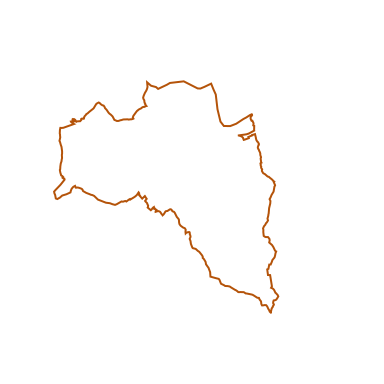 Nasaud, Bistrita-Nasaud, Romania (Natural Earth projection), rotated 133°
{"feature_id": "2599482B93549401170877", "entity_name": "Nasaud", "entity_type": "district", "adm_level": 2, "iso_a3": "ROU", "parent_name": "Romania", "parent_adm1": "Bistrita-Nasaud", "projection": "natural_earth1", "projection_center": [24.415, 47.298], "detail": "fine", "context": "isolated", "style": "outline", "palette": "amber", "viewbox_px": 384, "rotation_deg": 133, "n_neighbors": 0, "source": "geoboundaries", "source_scale": "gbopen_adm2", "svg_char_len": 6078}
<svg xmlns="http://www.w3.org/2000/svg" viewBox="0 0 384 384"><g transform="rotate(133 192 192)"><path d="M285.8,293.1L286.8,291.7L287.5,290.1L289.6,287.2L289.0,285.7L286.2,284.8L283.1,284.5L279.3,282.3L275.2,280.6L274.0,281.3L272.2,282.1L270.7,282.3L269.1,282.3L267.3,281.7L268.1,280.0L267.7,279.5L267.2,279.2L266.5,278.4L265.9,277.3L265.1,275.4L264.9,274.6L264.9,274.1L265.0,273.5L265.4,272.9L265.6,272.2L265.3,271.0L264.8,268.8L263.5,265.6L262.9,263.9L262.2,262.8L261.6,260.9L261.7,255.6L258.5,247.6L256.2,244.4L255.2,241.9L253.9,239.5L252.2,238.7L247.0,237.1L246.2,235.9L244.1,234.7L243.7,233.5L240.7,233.0L239.5,232.6L239.7,232.0L234.6,230.6L232.3,230.3L231.1,230.4L228.7,230.8L228.9,229.9L229.3,229.9L229.9,229.8L230.0,229.4L229.9,228.7L230.1,227.8L230.4,227.9L230.8,223.9L227.1,223.7L227.2,223.1L227.6,222.3L227.8,220.9L227.9,220.5L228.5,220.4L230.5,220.2L230.7,219.2L230.7,218.4L230.8,217.1L231.4,216.2L231.8,214.9L233.0,214.0L233.6,213.8L233.4,209.7L232.2,209.6L231.0,209.8L229.8,209.8L229.0,209.6L229.3,209.2L229.4,208.1L230.0,208.0L229.4,206.5L229.3,205.8L231.0,205.4L231.3,205.1L229.2,203.9L228.8,203.4L228.3,202.1L228.3,201.5L228.9,199.1L228.9,198.2L229.1,197.6L228.0,197.5L226.8,197.6L224.5,198.1L223.8,198.0L222.6,197.0L221.1,196.7L219.5,196.2L219.0,195.4L219.0,194.6L219.3,193.7L219.4,193.1L218.8,191.7L218.9,190.6L220.6,186.1L220.9,183.4L221.2,182.7L223.3,180.4L224.1,179.1L224.4,177.3L224.1,174.4L223.4,172.5L223.8,171.0L225.7,169.5L226.6,168.4L225.9,168.4L225.1,168.1L223.8,167.3L223.1,166.5L223.5,165.6L223.9,165.3L224.5,164.7L224.8,163.8L225.6,162.7L226.2,162.3L227.5,161.9L227.9,161.7L228.9,159.6L230.7,157.4L232.4,153.9L232.5,153.1L231.1,150.5L231.1,147.6L230.8,145.9L231.5,141.3L232.0,140.0L232.9,139.2L232.9,137.7L233.8,134.5L235.4,132.3L235.4,132.0L236.0,129.3L236.1,128.4L238.3,124.0L238.7,123.6L241.3,120.8L240.5,119.2L238.8,115.9L237.7,113.9L237.3,113.2L237.5,112.0L238.6,109.7L239.3,108.2L238.4,105.3L238.1,103.6L236.6,101.9L235.4,100.0L235.1,98.0L235.0,97.6L234.2,93.7L234.0,93.4L233.9,92.9L233.6,91.0L233.7,90.5L233.6,89.9L233.2,89.3L232.4,88.6L230.1,86.0L229.8,85.3L229.6,83.6L229.0,82.9L226.2,78.3L225.8,77.4L225.5,76.0L224.8,72.1L223.8,70.8L224.5,69.4L224.9,67.0L225.5,66.2L226.5,65.1L227.2,63.5L226.6,62.8L225.1,61.7L224.2,60.6L224.3,59.6L224.5,58.7L225.4,56.6L225.8,55.0L226.5,53.5L226.5,52.1L226.3,52.0L225.9,52.4L225.3,52.9L222.8,54.3L220.8,54.6L220.5,54.9L218.8,55.2L218.3,55.5L218.2,56.2L218.0,56.8L217.6,57.2L216.7,57.8L215.6,58.3L214.1,57.2L213.2,57.0L211.7,57.2L209.5,57.7L208.9,59.2L208.8,60.8L208.7,61.4L208.8,62.3L207.7,65.0L207.5,66.3L207.6,67.4L208.1,68.8L206.5,69.2L199.5,78.2L200.9,79.8L197.3,84.2L196.1,83.7L192.4,86.0L191.4,85.0L188.6,86.0L186.9,86.8L183.6,87.0L181.8,87.9L179.8,89.2L178.1,89.9L178.3,90.5L178.2,91.4L176.8,94.9L176.2,97.3L176.3,101.1L174.3,102.3L173.5,103.4L173.1,105.6L174.7,107.4L175.1,108.5L175.2,109.6L172.7,112.5L171.0,114.0L170.2,115.2L167.9,116.0L167.0,116.0L165.7,116.1L164.5,116.6L163.4,116.5L162.4,116.7L161.0,117.0L159.9,118.7L158.3,119.5L156.8,120.4L156.5,120.7L155.4,121.3L151.2,124.6L147.1,126.9L145.1,128.5L144.3,130.4L142.5,130.8L139.9,131.8L136.1,132.6L131.8,135.4L130.9,135.6L130.4,135.8L128.8,139.4L128.4,139.2L128.3,142.4L128.5,144.8L128.5,146.1L129.1,147.3L129.2,150.9L129.7,152.7L129.0,155.1L128.3,155.8L127.6,156.1L127.5,156.3L127.4,157.3L127.0,158.1L126.7,158.4L126.2,158.7L125.9,159.6L125.6,160.0L125.1,160.3L124.7,161.2L124.3,161.5L124.0,161.5L123.2,161.2L123.0,161.8L122.7,162.2L122.2,162.8L120.9,164.4L120.5,164.8L119.8,165.0L119.4,165.3L118.6,166.9L117.7,168.0L117.2,168.4L116.6,169.5L116.1,170.9L115.4,172.2L115.4,172.7L115.0,173.5L114.8,174.0L114.2,174.5L112.3,175.4L112.0,175.3L111.7,175.6L111.3,175.7L111.1,176.1L110.9,176.7L110.6,177.5L110.5,178.3L110.6,178.5L110.2,180.1L109.2,181.8L108.8,182.2L106.7,185.4L107.5,185.8L109.3,186.9L109.6,186.6L113.3,188.3L113.9,187.2L118.0,189.3L118.6,189.7L117.5,191.9L117.5,192.9L117.6,193.7L118.4,195.6L118.8,196.3L118.7,196.4L113.9,192.5L112.5,191.4L111.7,191.0L110.7,190.4L104.7,188.4L104.6,188.6L101.2,191.6L101.5,192.6L100.2,193.5L99.8,193.9L99.5,194.4L98.7,196.5L99.3,197.0L98.8,198.4L98.2,199.4L96.8,200.4L95.4,200.3L94.9,200.4L94.4,201.0L94.4,201.3L96.3,202.1L100.4,203.1L103.6,204.2L111.9,206.2L117.7,209.0L122.0,213.7L121.1,219.2L114.1,229.8L104.5,241.1L102.4,246.1L99.7,251.9L106.6,254.6L110.6,256.4L112.4,258.5L116.7,273.5L127.3,282.5L130.7,283.5L139.7,287.1L139.8,289.9L142.2,294.4L142.4,299.6L145.5,296.2L147.1,295.3L148.9,294.6L151.7,294.0L154.5,293.0L156.3,292.1L157.0,291.1L157.5,289.4L158.5,288.3L159.1,287.5L159.2,286.6L159.8,286.1L160.2,284.0L161.1,284.6L162.0,284.7L162.7,285.4L163.5,285.9L164.5,286.2L165.3,286.2L167.7,287.1L168.6,287.3L169.5,287.3L170.0,287.5L171.4,287.4L176.3,286.8L177.9,286.1L178.3,284.9L179.1,285.2L180.3,286.0L180.8,286.6L181.5,287.1L182.4,287.9L182.6,288.5L185.8,291.7L187.6,292.7L188.5,293.4L189.4,293.8L190.5,294.5L191.4,295.6L191.7,296.7L192.2,297.9L190.9,301.6L190.8,304.1L191.0,305.8L190.9,307.2L190.1,310.6L190.0,312.7L189.3,314.3L189.1,315.6L189.7,316.7L190.0,318.5L189.9,320.4L190.2,321.3L192.4,322.0L193.2,322.0L198.0,321.0L203.4,321.8L205.9,322.0L207.1,322.4L208.0,322.2L209.9,322.2L210.5,321.9L211.1,321.9L211.7,321.3L212.1,321.1L212.8,321.6L213.1,322.3L213.6,322.7L214.3,322.8L214.9,322.1L216.5,322.1L218.8,324.3L219.5,324.5L218.9,326.7L219.1,327.9L219.4,328.1L219.6,328.5L219.8,328.9L220.1,329.0L220.6,328.7L220.8,328.3L220.6,327.8L220.6,327.3L220.6,326.6L220.8,326.3L221.0,326.4L221.2,326.7L221.8,327.5L222.3,328.1L223.0,328.6L223.3,327.8L223.0,326.6L222.9,326.1L223.0,325.4L222.8,324.7L232.8,329.9L233.8,330.8L234.9,332.0L236.7,330.9L239.4,328.6L240.0,327.7L241.0,326.7L241.8,325.7L243.4,324.7L245.0,323.8L245.4,322.7L246.9,320.3L248.0,318.2L250.8,314.8L252.5,313.2L253.6,312.5L255.8,310.2L257.3,309.3L258.5,308.4L260.7,307.4L263.0,305.8L265.3,303.9L266.0,303.7L266.9,302.5L267.7,301.4L268.3,300.3L269.1,299.0L268.8,297.7L268.9,296.5L269.9,296.4L269.8,295.3L269.3,294.5L269.9,293.6L276.5,293.1L283.9,293.2L285.8,293.1Z" fill="none" stroke="#b45309" stroke-width="2"/></g></svg>